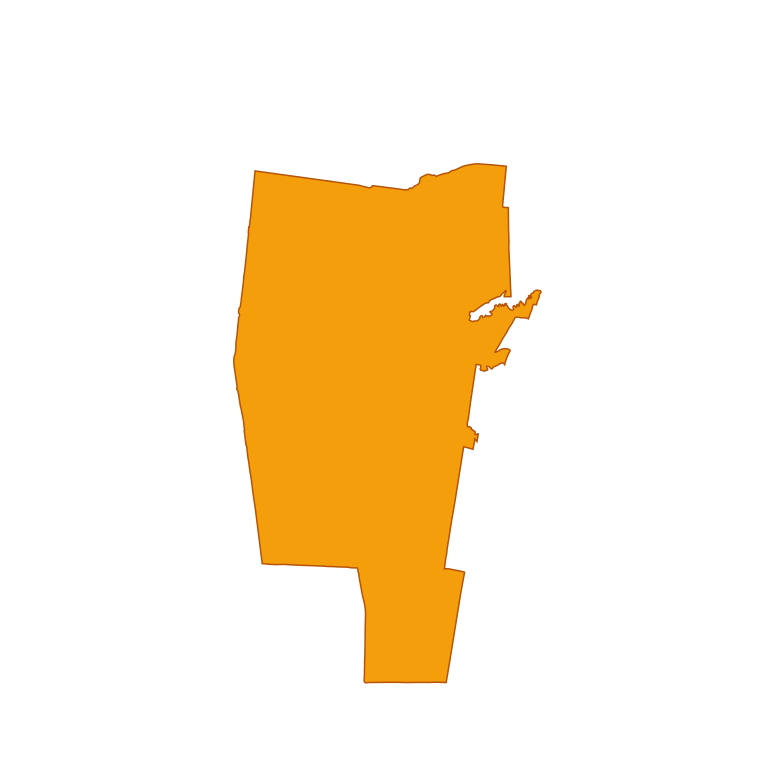 Tatarastii De Sus, Teleorman, Romania, rotated 128°
{"feature_id": "2599482B7742173456178", "entity_name": "Tatarastii De Sus", "entity_type": "district", "adm_level": 2, "iso_a3": "ROU", "parent_name": "Romania", "parent_adm1": "Teleorman", "projection": "orthographic", "projection_center": [25.114, 44.405], "detail": "fine", "context": "isolated", "style": "filled", "palette": "amber", "viewbox_px": 768, "rotation_deg": 128, "n_neighbors": 0, "source": "geoboundaries", "source_scale": "gbopen_adm2", "svg_char_len": 6087}
<svg xmlns="http://www.w3.org/2000/svg" viewBox="0 0 768 768"><g transform="rotate(128 384 384)"><path d="M217.6,486.3L219.0,488.5L224.1,497.3L226.5,501.3L231.9,510.5L232.5,511.3L234.3,514.5L234.9,515.2L236.6,515.2L237.8,515.7L238.3,516.0L238.7,516.7L242.0,524.1L242.6,525.7L295.5,616.8L335.6,591.3L336.8,590.7L343.3,586.7L343.5,587.2L348.1,584.3L348.5,583.9L348.6,583.5L354.0,580.1L359.0,577.1L363.2,574.3L380.2,563.7L385.5,560.7L390.5,557.4L404.5,549.0L407.6,547.0L408.6,546.6L411.1,545.1L412.1,544.7L413.5,544.8L416.4,543.3L417.3,542.6L417.6,541.6L418.6,540.2L419.0,539.9L420.3,539.5L421.1,539.5L421.4,539.2L424.5,537.2L426.9,535.8L434.9,530.6L442.3,526.3L446.2,523.4L446.6,522.9L450.2,520.8L450.9,520.2L451.4,520.1L454.0,519.2L456.4,517.9L459.5,515.6L461.8,513.5L476.9,497.7L478.6,497.1L479.0,496.4L479.1,495.3L480.5,493.8L481.0,493.0L490.3,483.1L490.6,482.4L499.6,472.0L504.5,467.3L506.4,465.2L507.0,465.4L507.5,464.9L509.6,462.6L512.2,460.1L512.7,459.4L513.3,459.0L516.8,455.4L517.3,454.8L517.4,454.2L517.8,453.7L525.3,446.4L529.3,442.0L533.8,437.5L540.9,429.8L550.3,420.4L562.1,408.0L600.5,369.4L596.5,363.1L594.4,360.2L593.1,358.3L588.1,352.2L581.1,342.2L565.6,320.7L562.6,316.2L559.6,312.2L556.1,307.1L552.1,301.8L550.9,300.1L548.7,296.2L545.4,291.8L546.1,290.6L546.6,290.0L548.0,288.8L548.3,288.0L552.6,283.5L563.8,270.9L568.2,265.3L571.0,262.1L574.0,259.1L577.6,256.2L588.2,248.3L594.7,243.3L608.5,232.8L615.8,227.6L618.1,225.7L620.7,223.9L621.7,223.0L624.4,221.0L629.2,217.6L630.3,216.7L630.8,216.1L630.9,214.8L629.8,213.4L629.1,212.8L626.6,209.7L615.1,195.3L610.9,189.9L605.9,183.1L595.9,170.6L592.0,165.5L586.8,159.2L581.0,151.2L560.0,162.6L501.5,194.8L482.7,204.6L484.1,208.0L490.2,220.0L492.5,222.7L491.3,223.2L487.7,225.5L482.9,228.3L479.2,230.1L475.3,232.6L470.4,235.3L469.4,236.0L468.7,236.2L450.4,246.4L433.0,255.7L384.4,282.6L382.3,277.8L380.7,273.7L375.5,276.3L371.4,278.6L372.2,275.3L365.3,279.0L365.5,279.4L365.7,279.6L366.5,279.4L367.7,281.3L365.7,282.5L365.5,282.9L365.6,284.8L365.9,285.6L365.6,286.1L365.5,286.4L365.9,287.5L365.1,288.0L364.9,288.2L364.9,288.7L365.1,290.7L365.2,290.9L366.0,291.4L366.1,292.2L366.0,292.4L365.0,293.3L363.0,294.6L360.0,295.9L345.1,304.6L311.9,323.4L311.1,322.3L310.1,320.3L309.8,319.2L310.1,318.8L311.6,317.9L312.9,317.5L313.4,316.9L313.5,316.2L313.4,315.8L312.5,314.5L312.5,313.6L312.2,313.0L310.0,311.5L309.5,311.2L308.9,311.1L308.4,311.4L307.9,312.9L307.5,313.6L306.9,314.0L306.4,313.6L306.0,312.8L305.6,311.3L305.6,310.9L306.0,309.5L305.9,308.7L305.7,308.3L305.2,308.1L303.5,308.2L302.8,308.0L299.8,306.3L295.9,304.9L294.9,304.2L294.2,303.1L294.2,302.1L294.5,300.8L291.6,302.1L287.2,303.5L283.6,304.5L281.5,304.8L280.1,305.2L279.7,305.4L279.8,306.9L280.0,307.6L281.1,309.7L282.7,311.6L284.3,312.9L285.5,313.5L287.0,313.9L288.7,314.7L290.2,315.6L290.7,316.0L290.0,316.4L283.3,317.1L273.5,318.6L268.6,319.0L263.9,319.9L256.6,320.5L254.8,321.0L253.5,321.0L251.4,321.6L250.6,321.4L250.1,321.0L248.7,319.2L247.4,316.7L246.2,315.1L245.2,314.0L244.2,312.0L243.8,310.3L239.2,311.9L234.9,313.1L231.5,314.6L229.3,315.3L228.6,314.2L228.0,312.8L227.7,312.7L224.7,313.9L220.9,315.0L219.2,315.6L218.8,315.8L218.3,316.5L214.8,316.8L214.4,317.6L214.3,318.2L214.8,319.3L215.3,319.9L215.4,320.7L216.6,321.8L218.4,322.8L218.8,322.8L219.9,322.6L220.3,322.6L221.8,323.5L222.5,323.5L223.4,323.2L223.9,322.9L224.8,321.2L225.2,321.0L226.2,321.0L226.4,321.4L225.5,322.6L225.0,323.6L224.9,324.1L225.4,324.4L225.7,324.2L226.8,322.5L227.2,322.1L227.5,322.2L227.7,322.6L227.5,323.3L227.6,323.6L227.9,323.7L228.5,323.2L229.1,323.7L229.5,323.7L234.6,321.6L235.7,322.3L235.9,322.7L235.7,323.1L235.0,323.9L234.9,324.3L234.9,324.6L235.3,325.2L235.1,325.7L234.7,326.2L234.5,326.6L234.6,327.0L234.9,327.5L235.4,327.4L236.5,327.0L237.7,327.0L238.9,325.8L239.5,325.5L239.8,325.9L239.1,327.3L239.1,327.6L239.7,328.0L240.1,328.0L240.4,327.9L241.0,327.3L241.5,327.0L242.3,327.2L242.5,327.7L241.9,329.3L242.0,329.6L242.4,329.9L243.3,330.0L243.9,329.7L244.2,329.5L245.1,328.2L245.6,327.8L246.5,328.1L247.0,328.5L247.3,329.0L247.5,330.3L247.5,333.2L246.5,334.7L246.3,335.3L246.5,336.0L247.2,336.8L245.7,336.8L245.4,337.0L245.4,337.3L245.7,337.6L246.5,338.1L247.2,338.0L248.9,337.5L249.2,337.7L249.2,337.9L248.3,339.6L248.8,339.7L250.1,339.3L250.4,339.5L250.4,339.8L249.7,341.0L249.6,341.6L249.7,342.0L250.3,342.3L250.9,342.3L251.5,341.9L252.2,341.3L252.4,341.2L252.6,341.6L252.8,342.2L252.5,343.4L252.6,344.0L252.8,344.4L253.7,344.9L254.4,344.9L255.9,343.6L257.2,343.3L257.9,343.5L260.3,343.6L260.6,343.9L261.1,344.8L261.5,345.1L261.9,345.0L262.2,344.5L262.3,344.1L262.2,342.5L262.4,342.0L263.5,341.5L264.3,341.8L265.2,342.6L266.3,343.1L266.3,343.3L266.2,343.8L266.5,344.2L267.7,344.8L267.2,345.9L267.2,346.2L267.8,346.3L269.1,346.1L269.8,346.4L270.6,346.9L270.6,347.4L269.8,348.7L269.9,348.9L270.5,349.5L271.5,349.7L272.1,349.6L272.8,349.4L273.6,348.7L274.7,348.8L276.9,349.5L277.5,350.0L277.9,350.7L278.8,351.4L279.3,352.1L280.0,352.1L280.3,352.7L281.1,355.4L281.2,356.1L279.6,356.8L277.9,357.7L277.2,357.9L277.0,358.1L277.2,358.6L277.2,359.0L275.6,360.1L275.2,360.2L274.5,360.0L273.9,360.5L273.5,360.6L273.2,360.2L272.5,358.8L272.1,358.3L271.7,358.0L270.0,357.4L265.5,356.3L257.9,353.9L257.0,353.1L256.4,352.3L255.6,351.7L255.2,351.7L253.6,352.0L252.0,351.6L248.0,349.4L246.0,348.6L244.8,347.4L243.8,346.7L242.5,346.4L240.5,346.5L239.2,346.3L238.6,346.0L236.0,345.9L235.4,345.7L235.3,345.4L235.5,345.1L237.3,344.4L240.2,343.7L240.9,343.4L241.1,343.0L241.0,342.6L240.8,342.3L239.2,340.6L238.7,339.8L237.0,337.7L199.0,370.2L196.0,372.3L185.6,380.9L168.5,394.6L171.1,398.6L171.3,399.4L170.8,400.1L137.1,421.7L144.9,434.0L153.2,446.3L156.2,449.5L162.0,454.5L163.8,455.8L172.0,460.0L174.1,461.9L178.2,463.4L179.4,464.7L183.0,467.5L185.6,469.2L187.6,470.3L188.2,470.3L188.4,472.9L189.4,473.9L189.8,474.5L190.2,475.2L190.8,477.0L191.9,478.8L194.3,480.2L198.6,482.1L199.1,482.2L200.6,481.7L202.8,480.4L204.1,480.1L205.8,480.1L209.2,481.8L212.1,482.2L212.6,482.6L213.4,484.0L213.7,484.2L215.9,484.7L217.6,486.3Z" fill="#f59e0b" stroke="#b45309" stroke-width="1.5"/></g></svg>